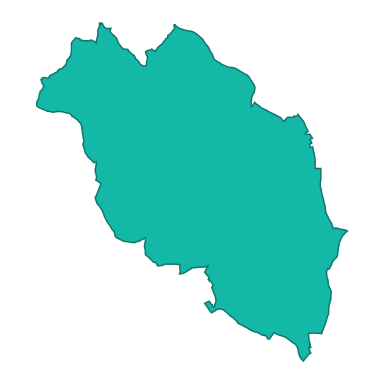 Alunis, Cluj, Romania
{"feature_id": "2599482B75339892502003", "entity_name": "Alunis", "entity_type": "district", "adm_level": 2, "iso_a3": "ROU", "parent_name": "Romania", "parent_adm1": "Cluj", "projection": "mercator", "projection_center": [23.748, 47.047], "detail": "fine", "context": "isolated", "style": "filled", "palette": "teal", "viewbox_px": 384, "rotation_deg": 0, "n_neighbors": 0, "source": "geoboundaries", "source_scale": "gbopen_adm2", "svg_char_len": 5796}
<svg xmlns="http://www.w3.org/2000/svg" viewBox="0 0 384 384"><path d="M232.4,67.5L228.1,67.2L224.0,65.3L221.8,64.6L220.8,63.4L217.3,61.6L214.8,59.8L214.0,58.9L212.1,53.9L211.2,52.8L209.6,49.9L208.7,47.8L207.1,45.3L205.8,44.4L202.6,39.2L196.8,34.1L194.1,32.4L191.8,31.4L185.4,30.3L180.0,28.7L176.5,26.5L175.0,24.6L174.1,24.9L173.9,25.4L174.4,27.3L175.0,28.3L172.9,30.5L171.6,32.3L170.9,32.9L170.4,33.8L167.9,35.5L167.7,35.7L167.9,36.6L167.5,38.0L166.9,38.0L165.7,38.8L165.3,39.8L163.6,41.7L162.2,43.9L158.1,47.1L155.3,51.2L155.0,51.3L152.8,49.7L151.4,49.1L150.4,50.0L149.5,50.0L147.0,50.8L145.7,51.7L145.7,53.0L146.2,53.5L146.3,54.3L146.8,54.9L146.6,55.2L146.7,55.7L147.5,56.4L147.4,58.9L147.2,60.2L146.6,61.5L146.4,63.7L146.5,64.6L146.3,65.4L144.1,66.3L141.7,65.2L140.2,64.1L138.7,61.7L137.5,60.3L136.4,59.6L135.8,58.8L134.3,55.7L133.9,55.3L132.0,54.2L131.3,53.3L128.7,51.0L128.1,49.7L127.1,49.3L123.6,49.0L122.1,48.0L118.9,43.7L117.8,41.7L116.9,38.9L116.1,37.7L114.6,36.1L110.4,32.5L110.2,30.6L110.9,28.3L108.3,28.6L105.5,28.3L104.1,26.9L103.6,25.7L103.0,25.4L102.8,24.3L102.0,23.2L101.5,23.1L101.0,24.4L100.7,24.0L100.6,23.0L99.5,23.1L99.4,26.5L97.6,30.9L98.1,32.8L97.9,33.5L97.8,34.8L97.4,37.0L97.0,38.0L96.9,39.2L96.5,40.2L96.6,40.9L96.2,41.2L96.1,42.9L95.5,42.2L91.4,40.0L89.4,40.6L86.7,40.8L85.5,40.6L84.7,40.8L82.9,40.5L82.1,40.1L81.7,40.6L81.4,40.6L80.1,39.7L79.9,39.3L79.8,38.6L78.4,38.6L75.8,37.7L71.8,42.4L71.4,44.2L71.5,48.1L71.3,52.3L70.7,55.4L69.4,57.6L67.4,59.7L66.9,60.6L66.1,64.2L65.8,64.7L64.1,66.3L62.7,68.0L61.8,68.6L60.5,69.1L59.7,69.0L58.2,70.2L58.2,70.6L57.6,70.8L57.3,71.7L56.8,72.1L54.9,72.8L54.6,73.4L53.7,74.0L52.0,74.5L49.5,75.9L49.3,76.4L49.4,77.0L47.9,78.3L47.4,78.4L45.0,77.5L43.3,77.6L42.2,77.9L41.7,79.1L41.0,79.5L42.2,83.4L43.3,84.9L43.8,86.3L43.7,86.7L43.0,87.7L42.6,89.0L41.7,90.1L40.2,91.4L40.1,92.2L39.3,94.7L39.1,96.7L38.4,99.0L36.9,101.7L36.6,105.2L37.0,106.1L38.6,107.4L42.9,109.3L43.8,109.5L47.2,111.2L50.3,111.5L52.4,112.3L57.5,111.5L60.9,111.6L63.7,112.1L65.9,112.8L69.0,113.2L69.9,113.7L71.7,115.3L72.3,116.8L73.0,116.6L73.6,116.9L75.9,118.9L77.5,119.8L78.3,120.8L78.7,121.8L80.6,123.1L81.1,125.0L81.9,125.7L81.7,128.1L82.0,129.6L82.5,130.9L82.3,133.0L82.9,134.5L83.2,138.0L84.1,141.3L84.1,141.7L83.4,142.6L82.9,145.1L83.7,146.8L85.3,152.7L88.4,157.3L91.0,159.6L93.7,162.7L96.2,161.8L96.3,163.1L95.9,166.5L95.1,170.2L96.6,177.0L96.5,178.0L95.8,180.1L101.0,183.4L97.3,193.2L96.4,195.0L96.2,195.9L95.6,197.4L95.2,197.4L95.9,200.1L97.0,203.3L97.8,204.5L98.9,205.5L99.8,206.8L102.5,211.2L103.4,213.3L104.3,216.2L107.0,221.5L110.5,226.6L111.6,228.7L114.4,232.1L114.6,234.1L115.5,236.8L116.8,237.8L123.9,241.3L134.6,242.7L135.8,242.0L139.7,241.0L141.7,239.7L145.1,238.1L145.3,239.1L145.6,239.4L145.7,239.9L145.0,242.3L144.5,246.0L144.6,247.1L145.4,251.1L145.3,254.0L145.4,254.5L145.8,255.1L148.8,257.3L153.2,262.0L155.6,262.6L158.0,266.0L162.2,265.4L164.3,264.6L164.6,264.1L175.4,264.2L179.7,264.6L179.8,268.0L180.3,271.2L179.6,274.0L183.3,273.3L185.3,272.3L190.1,269.1L190.8,269.1L190.8,268.2L197.9,267.3L206.1,266.9L206.9,266.3L208.1,265.8L204.6,272.3L205.1,272.7L206.9,275.1L207.9,275.9L209.2,278.5L208.2,279.2L209.8,281.5L210.4,281.4L211.0,281.7L211.7,282.5L213.3,285.7L213.3,285.9L211.7,287.2L214.3,294.3L215.3,296.4L215.7,299.2L216.1,300.3L216.1,301.3L215.0,304.1L214.4,305.2L215.1,306.3L213.6,307.4L212.4,305.8L212.1,304.7L211.5,304.8L209.4,301.2L207.8,301.8L204.7,303.4L206.6,306.1L208.1,307.7L207.8,307.8L208.3,308.6L211.4,312.8L213.4,311.8L217.5,309.2L220.5,308.9L222.9,309.7L225.0,311.0L229.0,314.6L229.7,315.4L232.5,317.5L233.6,317.9L234.3,318.9L235.4,319.7L235.8,320.3L237.0,321.5L237.7,323.1L247.4,328.0L250.7,330.2L254.9,331.9L258.1,332.7L261.7,334.9L262.6,334.9L263.0,335.3L264.4,335.0L264.9,335.7L266.0,335.7L266.9,336.8L267.3,338.3L268.2,339.0L269.3,339.2L273.9,332.7L277.3,334.4L285.5,337.1L294.0,343.5L295.1,344.0L296.2,345.3L296.9,346.3L297.6,347.9L298.2,349.9L298.3,351.9L299.5,355.9L300.8,358.3L303.3,361.0L306.2,357.3L307.9,355.5L308.7,354.2L310.8,353.2L308.6,348.3L310.7,347.7L310.8,347.5L310.4,346.2L309.6,346.2L309.7,345.2L310.3,344.5L309.1,340.9L308.5,335.6L308.4,333.4L314.0,333.0L321.6,333.6L325.0,324.4L325.2,324.1L326.2,321.1L326.9,318.4L328.6,313.5L328.8,306.8L330.9,298.5L330.9,294.4L331.3,292.5L331.3,291.6L330.9,290.7L328.2,284.5L328.3,282.0L327.7,279.0L327.0,276.9L326.6,274.3L326.5,272.7L326.6,271.3L327.3,269.2L327.8,268.5L328.0,268.5L328.9,269.3L329.4,268.7L330.7,266.2L333.1,260.8L337.0,256.8L337.6,254.2L338.5,246.9L339.0,245.6L339.0,244.3L339.3,242.8L341.3,238.1L342.0,236.7L344.2,234.2L345.2,232.6L346.8,231.7L347.4,231.0L344.1,229.7L339.3,229.0L335.8,227.8L334.4,228.6L333.5,228.7L331.4,223.1L329.1,219.3L326.1,213.1L325.6,211.4L325.2,206.5L324.1,202.8L323.5,200.0L323.4,198.9L322.3,195.5L321.7,193.1L321.0,188.8L320.3,186.9L320.3,183.5L320.8,178.9L320.9,168.5L318.5,168.7L318.3,168.4L315.0,168.3L315.2,160.1L314.7,156.7L312.8,147.9L312.6,146.8L310.1,147.6L309.7,145.5L309.7,144.1L311.7,143.3L310.9,141.1L310.1,139.9L310.1,139.5L310.4,139.1L312.5,138.3L311.4,136.7L309.9,134.2L306.9,134.4L305.8,134.2L305.1,133.7L305.1,133.4L305.3,133.2L308.2,131.4L305.8,126.9L304.5,123.4L303.5,121.3L299.4,116.3L298.1,114.5L297.9,115.3L297.6,115.6L295.8,116.0L294.6,116.8L294.1,116.7L293.7,116.2L293.2,117.0L292.1,117.6L290.4,117.2L287.5,117.4L283.8,121.3L282.9,120.6L280.9,117.8L273.8,114.1L269.5,112.1L266.8,110.5L261.1,107.7L258.8,105.6L257.1,104.4L256.2,104.1L254.7,102.3L252.6,105.7L251.6,106.7L251.3,105.5L251.1,102.6L251.5,99.7L251.6,98.0L252.6,95.0L253.2,93.8L253.5,93.7L254.0,92.9L254.2,91.5L254.6,90.8L254.7,89.5L254.9,86.8L253.8,84.5L253.3,84.0L253.3,83.7L251.7,81.1L250.8,80.0L248.8,76.6L246.6,74.6L245.7,74.5L244.8,74.0L235.3,68.2L234.4,68.2L232.4,67.5Z" fill="#14b8a6" stroke="#0f766e" stroke-width="1.5"/></svg>